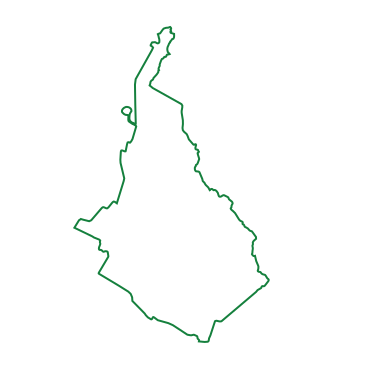 map outline of Ahal (orthographic projection), rotated 211°
{"feature_id": "TKM-352", "entity_name": "Ahal", "entity_type": "Province", "adm_level": 1, "iso_a3": "TKM", "parent_name": "Turkmenistan", "parent_adm1": "", "projection": "orthographic", "projection_center": [59.653, 37.88], "detail": "fine", "context": "isolated", "style": "outline", "palette": "green", "viewbox_px": 384, "rotation_deg": 211, "n_neighbors": 0, "source": "natural_earth", "source_scale": "10m", "svg_char_len": 6007}
<svg xmlns="http://www.w3.org/2000/svg" viewBox="0 0 384 384"><g transform="rotate(211 192 192)"><path d="M293.1,319.4L292.6,318.9L293.0,318.2L292.6,317.7L292.2,317.5L291.8,317.6L289.5,318.1L288.8,318.3L287.7,316.6L287.1,315.3L286.9,313.9L287.1,313.5L287.7,312.9L287.8,312.5L287.8,311.5L287.8,311.2L288.1,309.9L288.1,309.3L287.8,308.9L288.1,307.7L288.0,306.8L287.8,305.9L287.6,303.9L287.3,302.9L286.9,302.0L286.4,301.2L285.7,300.4L284.9,299.6L283.9,299.2L282.8,299.0L282.2,298.7L282.7,298.1L283.6,297.3L284.2,296.7L284.2,296.2L284.0,295.1L284.1,294.4L284.4,294.1L284.8,293.9L285.2,293.6L285.4,293.0L285.4,292.0L285.6,291.5L285.8,291.1L286.3,290.5L286.3,290.1L286.3,289.8L286.1,288.2L285.4,284.7L284.7,283.6L284.6,283.1L284.5,281.8L284.4,281.2L284.2,280.6L284.1,280.3L283.8,279.9L283.4,279.7L283.0,279.5L283.1,279.1L283.3,278.7L282.6,277.1L282.8,274.4L283.7,269.9L283.5,269.0L283.4,268.4L283.6,267.8L283.8,267.3L284.1,266.8L284.2,266.2L284.3,265.5L284.2,264.8L283.6,263.4L283.2,261.5L281.4,261.3L279.2,260.9L246.3,261.9L244.8,261.1L243.9,259.5L242.6,256.1L241.6,254.5L236.8,248.8L234.8,245.6L233.1,242.0L231.7,240.3L230.1,239.6L226.4,238.9L224.8,237.9L221.8,235.5L215.4,233.4L214.9,233.4L214.5,233.6L214.0,234.4L213.7,234.7L213.3,234.8L212.7,234.4L212.4,233.4L212.1,232.4L211.8,231.5L211.1,230.7L210.4,230.6L209.0,231.1L208.6,231.1L208.3,230.9L207.6,230.3L206.9,230.1L206.8,229.7L206.9,228.9L207.2,228.6L207.2,228.3L207.0,227.9L206.1,227.0L203.4,224.6L202.8,223.9L202.0,220.0L201.9,218.8L202.0,218.2L202.5,217.2L202.4,216.7L202.1,216.1L202.2,214.9L202.0,214.1L201.2,212.9L200.3,212.1L199.3,211.8L196.8,212.9L195.8,212.8L189.9,208.5L188.5,207.0L188.0,206.8L186.7,206.5L186.1,206.4L185.5,205.9L183.8,205.1L180.4,204.3L177.7,202.7L177.5,203.1L177.4,204.0L176.8,204.7L176.3,204.9L175.8,204.9L174.9,204.7L174.4,204.7L174.1,204.9L173.8,205.3L173.4,205.5L172.4,205.6L171.4,205.4L169.5,204.6L167.3,202.6L166.6,202.2L165.7,202.3L165.0,202.8L164.5,203.6L164.1,204.5L163.5,205.4L162.7,205.8L158.7,206.1L158.1,206.0L156.9,205.1L156.4,204.8L152.9,204.3L152.2,204.0L151.4,203.3L151.2,202.7L151.2,201.9L151.1,200.9L151.0,200.5L150.3,199.1L150.3,198.7L150.4,198.3L150.4,197.9L150.0,197.5L149.3,197.2L148.6,197.0L147.1,196.8L144.2,196.1L137.4,192.6L135.8,192.2L133.6,192.4L133.0,192.2L132.7,191.8L132.4,190.9L132.1,190.6L131.7,190.5L131.0,190.7L130.6,190.6L130.0,190.3L129.5,189.8L128.9,189.4L128.2,189.4L127.6,189.5L125.4,189.5L123.2,188.8L122.5,188.7L121.7,188.8L121.0,189.0L120.3,189.1L114.0,186.4L113.0,184.9L113.9,182.0L114.0,181.1L113.9,180.1L112.9,178.7L112.5,177.0L111.1,175.4L110.6,174.6L109.8,172.7L108.9,170.9L108.7,170.4L108.7,170.0L108.6,169.6L108.1,169.3L107.2,169.0L106.7,168.9L106.2,168.9L105.4,169.3L105.1,169.7L101.4,165.9L97.3,162.9L96.6,162.2L95.8,160.7L95.6,160.3L95.1,158.4L94.8,158.1L94.5,158.0L93.8,158.0L92.5,158.5L92.1,158.6L91.7,158.5L90.6,158.0L90.0,157.9L89.1,157.9L86.9,158.5L86.4,158.5L85.7,158.2L83.2,156.9L82.5,156.7L81.6,156.6L81.1,156.3L80.9,155.9L80.7,155.5L80.7,154.6L81.3,149.5L81.4,149.0L81.6,148.6L81.9,148.2L83.0,147.7L83.3,147.5L83.4,147.2L83.5,146.6L83.3,145.5L83.4,145.0L83.7,144.5L85.1,142.0L85.3,141.6L85.4,140.8L85.6,139.4L100.1,96.6L100.5,96.0L100.8,95.8L101.8,95.2L104.6,94.3L105.1,93.9L105.4,93.6L105.7,93.2L105.6,92.5L102.4,78.6L102.0,75.3L101.8,74.9L101.4,73.9L101.1,73.0L101.1,72.5L101.2,72.1L101.5,71.7L103.9,70.0L109.1,67.5L109.3,68.2L109.6,68.6L109.9,68.8L111.5,69.2L111.9,69.5L112.7,70.5L112.9,70.7L113.4,71.0L113.9,71.0L116.5,70.7L116.8,70.6L117.2,70.4L118.8,68.8L119.8,68.3L122.5,67.3L139.8,68.0L144.8,67.4L155.3,64.5L159.9,65.0L160.7,64.9L160.9,64.7L161.0,64.4L160.9,62.9L160.9,62.6L161.0,62.3L161.1,62.1L161.3,61.9L161.5,61.8L161.9,61.8L165.2,61.8L168.1,62.6L170.0,63.5L187.0,67.9L189.0,70.8L189.6,71.3L192.1,73.1L195.3,73.8L206.1,74.0L229.5,74.0L230.0,74.1L230.2,74.4L230.3,75.0L230.4,92.9L230.5,93.6L230.8,94.1L233.3,97.1L233.6,97.2L234.0,97.3L234.8,97.1L235.8,96.6L236.2,96.2L236.7,95.5L237.1,95.2L237.5,95.1L238.1,95.2L239.3,95.5L239.9,95.5L240.3,95.4L241.5,94.8L241.8,94.8L242.2,95.0L242.7,95.6L243.0,96.3L243.2,96.8L243.5,98.7L243.8,100.1L243.9,100.3L244.3,100.8L244.8,101.2L245.2,101.7L245.3,101.9L245.6,103.0L245.8,103.2L247.1,103.4L252.7,102.5L254.5,102.6L274.4,100.8L274.3,109.6L273.8,110.5L273.4,111.6L270.7,112.3L265.1,114.0L263.8,115.9L261.2,131.2L261.0,132.1L260.5,133.1L259.8,133.5L257.1,133.9L256.3,134.3L256.0,135.0L255.7,135.8L254.9,141.6L254.7,142.5L254.3,143.4L253.6,143.7L252.9,143.8L250.6,143.6L256.2,166.2L257.1,168.8L268.2,180.1L270.0,182.7L273.7,189.8L274.0,191.0L273.6,191.5L272.8,191.8L271.0,192.1L270.3,192.3L269.9,192.7L270.1,193.4L272.3,199.6L272.7,201.3L272.2,201.9L271.5,202.2L270.6,202.3L270.2,203.9L270.3,206.8L273.6,219.5L274.1,219.8L274.7,219.9L276.1,219.9L277.1,219.9L277.9,219.7L281.9,219.9L282.6,220.0L283.1,220.3L283.3,220.5L283.8,221.1L286.1,225.1L287.5,224.5L288.8,223.9L290.4,223.8L292.3,224.2L293.1,224.5L293.5,224.9L293.7,225.3L294.0,225.9L294.1,226.5L294.1,227.2L293.9,228.2L293.6,229.1L293.2,229.8L292.6,230.6L292.4,230.9L291.2,231.6L290.1,232.0L289.5,232.1L288.9,232.1L288.2,232.0L287.5,231.9L286.8,231.5L286.4,231.2L285.9,230.6L285.6,230.2L285.6,227.4L285.3,226.2L284.7,224.9L283.7,223.0L283.0,222.1L282.1,221.3L281.5,221.0L279.5,220.6L278.9,220.7L278.0,220.9L275.9,221.0L275.6,221.0L275.3,221.2L275.4,221.6L285.5,237.5L296.2,254.7L298.4,259.7L299.4,292.7L299.7,295.6L300.3,295.8L300.8,296.2L302.8,296.2L303.1,296.6L303.3,299.4L303.2,299.7L302.5,300.3L302.0,300.5L301.4,301.0L301.0,301.3L300.4,301.5L299.0,301.5L298.1,301.7L297.8,301.9L297.5,302.2L297.2,302.9L297.2,303.3L297.2,303.6L298.0,305.1L298.3,305.5L298.9,306.3L299.6,306.9L301.4,308.8L302.1,309.3L302.6,309.7L302.5,309.9L302.4,310.1L301.5,311.1L301.1,311.5L301.0,311.8L301.0,312.1L300.7,316.2L300.5,317.0L300.4,317.5L299.0,319.2L298.6,319.5L297.1,320.6L296.7,321.0L296.2,321.7L295.7,322.2L295.4,322.1L294.9,322.0L294.5,321.8L294.2,321.5L293.9,321.1L293.9,320.8L294.1,320.2L293.3,319.4L293.1,319.4Z" fill="none" stroke="#15803d" stroke-width="2"/></g></svg>